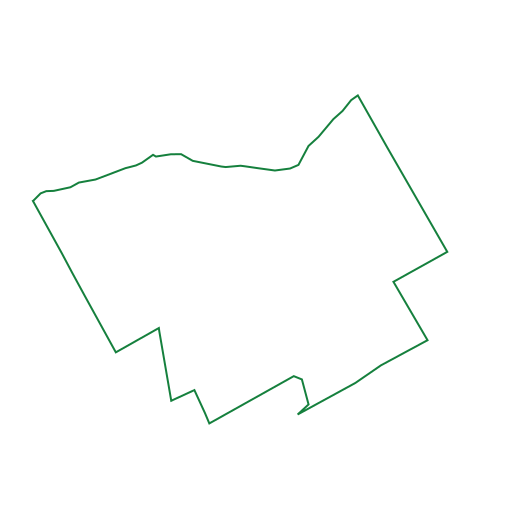 outline of Monroe, New York, United States of America, rotated 331°
{"feature_id": "52423323B52767364873789", "entity_name": "Monroe", "entity_type": "district", "adm_level": 2, "iso_a3": "USA", "parent_name": "United States of America", "parent_adm1": "New York", "projection": "mercator", "projection_center": [-77.731, 43.155], "detail": "fine", "context": "isolated", "style": "outline", "palette": "green", "viewbox_px": 512, "rotation_deg": 331, "n_neighbors": 0, "source": "geoboundaries", "source_scale": "gbopen_adm2", "svg_char_len": 790}
<svg xmlns="http://www.w3.org/2000/svg" viewBox="0 0 512 512"><g transform="rotate(331 256 256)"><path d="M86.7,272.3L136.1,271.9L134.9,275.0L111.7,341.5L137.1,343.4L135.2,368.7L134.0,379.8L230.8,379.4L236.3,386.2L230.0,411.3L215.6,414.8L281.4,415.2L312.3,412.2L365.2,412.8L363.7,345.2L425.3,345.1L423.4,225.2L422.9,164.9L414.8,165.8L402.0,171.1L390.0,173.8L368.4,182.1L355.3,185.2L337.3,196.9L337.2,196.9L328.2,196.0L314.0,190.4L300.5,180.3L289.7,172.1L286.3,169.6L272.6,163.5L269.0,160.9L246.8,142.1L239.9,130.7L231.0,125.8L216.7,120.5L215.0,117.6L201.5,119.1L194.9,118.6L188.6,117.0L184.5,115.9L152.7,111.3L136.7,105.9L127.0,105.9L110.7,101.0L104.0,97.6L98.0,96.8L88.0,99.7L87.6,99.7L87.5,159.4L87.1,181.9L86.9,208.1L86.7,272.3Z" fill="none" stroke="#15803d" stroke-width="2"/></g></svg>